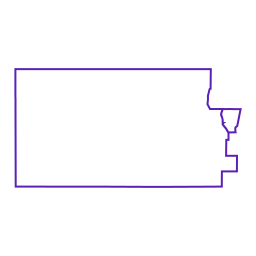 outline of Anangu Pitjantjatjara Yunkunytjatjara, South Australia, Australia
{"feature_id": "25037944B76937209298521", "entity_name": "Anangu Pitjantjatjara Yunkunytjatjara", "entity_type": "district", "adm_level": 2, "iso_a3": "AUS", "parent_name": "Australia", "parent_adm1": "South Australia", "projection": "robinson", "projection_center": [130.361, -27.059], "detail": "fine", "context": "isolated", "style": "outline", "palette": "violet", "viewbox_px": 256, "rotation_deg": 0, "n_neighbors": 0, "source": "geoboundaries", "source_scale": "gbopen_adm2", "svg_char_len": 3466}
<svg xmlns="http://www.w3.org/2000/svg" viewBox="0 0 256 256"><path d="M15.4,69.1L15.4,69.4L15.4,69.6L15.4,69.9L15.4,70.1L15.4,70.4L15.4,70.6L15.4,70.9L15.4,71.0L15.4,71.4L15.4,71.6L15.4,71.9L15.4,72.1L15.4,72.4L15.4,72.6L15.4,72.9L15.4,73.1L15.4,73.4L15.4,73.6L15.4,73.9L15.4,74.1L15.4,74.4L15.4,74.6L15.4,75.1L15.4,75.3L15.4,75.6L15.4,75.9L15.4,76.1L15.4,76.4L15.4,76.6L15.4,76.9L15.4,77.1L15.4,77.4L15.4,77.6L15.4,77.8L15.4,78.0L15.4,78.3L15.4,78.5L15.4,78.8L15.4,79.0L15.4,80.4L15.4,80.6L15.4,80.9L15.4,81.1L15.4,81.4L15.4,81.6L15.4,81.9L15.4,82.1L15.4,82.4L15.4,82.6L15.4,82.9L15.4,83.1L15.4,83.4L15.4,83.6L15.4,83.9L15.4,84.1L15.4,84.3L15.4,84.6L15.4,84.9L15.4,85.1L15.4,85.3L15.4,85.6L15.4,85.9L15.4,86.1L15.4,86.4L15.4,86.6L15.4,86.9L15.4,87.1L15.4,87.4L15.4,87.6L15.4,87.9L15.4,88.1L15.4,88.5L15.4,88.9L15.4,89.1L15.4,89.4L15.4,89.6L15.4,89.9L15.4,90.1L15.4,90.4L15.4,90.6L15.4,90.9L15.4,92.1L15.4,92.3L15.4,92.6L15.4,92.8L15.4,93.1L15.4,93.3L15.4,93.5L15.4,93.8L15.4,94.1L15.4,94.3L15.4,94.6L15.4,94.8L15.4,95.1L15.4,95.3L15.4,95.6L15.4,95.8L15.4,96.1L15.4,96.3L15.4,96.6L15.4,96.8L15.4,97.1L15.4,97.3L15.4,97.6L15.4,97.8L15.5,98.1L15.5,98.3L15.5,98.6L15.5,98.8L15.5,99.1L15.5,99.3L15.5,102.1L15.5,102.3L15.5,102.6L15.5,102.8L15.5,103.1L15.5,103.3L15.5,103.8L15.5,104.1L15.5,104.3L15.5,104.6L15.5,104.8L15.5,105.1L15.5,105.3L15.5,105.6L15.5,105.8L15.5,106.1L15.5,106.3L15.5,106.6L15.5,106.8L15.5,107.1L15.5,107.3L15.5,107.6L15.5,107.8L15.5,108.1L15.5,108.3L15.5,108.6L15.5,108.8L15.5,109.1L15.5,109.3L15.5,110.6L15.7,186.6L110.3,186.7L157.6,186.9L204.5,186.7L221.8,186.6L221.8,184.0L221.9,171.4L227.5,171.4L236.9,171.4L237.0,155.8L228.7,155.8L226.1,155.8L226.2,147.5L226.3,139.9L228.5,139.9L228.5,132.9L226.1,128.8L222.8,124.7L222.7,124.5L222.7,123.4L222.6,119.8L222.2,117.9L221.9,117.1L221.5,116.2L221.4,115.9L221.5,116.0L221.5,115.9L221.4,115.9L221.0,114.1L222.6,109.0L220.0,109.0L219.9,109.0L210.0,109.0L208.8,106.7L207.5,104.3L207.8,101.1L208.0,99.0L207.9,96.0L207.9,95.9L208.5,93.6L209.6,89.1L210.2,88.7L210.6,88.7L210.8,69.1L209.8,69.1L209.0,69.1L206.0,69.1L205.2,69.1L198.2,69.1L181.8,69.1L177.7,69.1L176.9,69.1L176.4,69.1L175.7,69.1L175.4,69.1L173.9,69.1L160.1,69.1L159.3,69.1L157.3,69.1L155.5,69.1L154.7,69.1L143.5,69.1L143.3,69.1L143.2,69.1L142.9,69.1L142.7,69.1L142.4,69.1L142.2,69.1L141.9,69.1L141.7,69.1L141.4,69.1L141.2,69.1L140.2,69.1L139.9,69.1L139.5,69.1L138.7,69.1L138.0,69.1L137.9,69.1L137.2,69.1L136.4,69.1L136.1,69.1L135.9,69.1L128.1,69.1L125.7,69.1L122.6,69.1L119.6,69.1L112.7,69.1L111.9,69.1L111.2,69.1L98.2,69.1L97.4,69.1L88.0,69.1L86.7,69.1L82.6,69.1L82.2,69.1L80.2,69.1L79.8,69.1L79.5,69.1L77.7,69.1L77.4,69.1L74.6,69.1L74.1,69.1L73.8,69.1L73.6,69.1L73.1,69.1L72.4,69.1L71.5,69.1L71.0,69.1L70.5,69.1L67.8,69.1L57.8,69.1L55.6,69.1L55.1,69.1L54.7,69.1L54.4,69.1L50.9,69.1L50.4,69.1L49.8,69.1L48.4,69.1L48.2,69.1L46.3,69.1L45.1,69.1L44.6,69.1L44.0,69.1L43.9,69.1L43.4,69.1L41.2,69.1L40.4,69.1L35.5,69.1L35.2,69.1L33.7,69.1L31.4,69.1L30.6,69.1L29.9,69.1L25.3,69.1L21.5,69.1L16.1,69.1L15.4,69.1ZM228.5,132.7L228.5,132.4L228.9,132.4L229.7,132.4L230.1,132.4L235.6,132.3L235.4,131.4L235.3,128.5L235.4,127.9L235.6,127.3L236.6,126.5L237.2,126.1L237.5,124.7L240.6,109.1L233.2,109.1L229.1,109.0L226.0,109.1L222.7,109.0L222.6,109.5L221.1,114.0L221.5,116.0L221.5,115.9L221.5,116.0L222.0,117.0L222.2,117.8L222.7,119.8L222.8,123.0L223.3,123.0L222.9,123.3L222.8,124.5L226.2,128.7L228.5,132.7Z" fill="none" stroke="#5b21b6" stroke-width="2"/></svg>